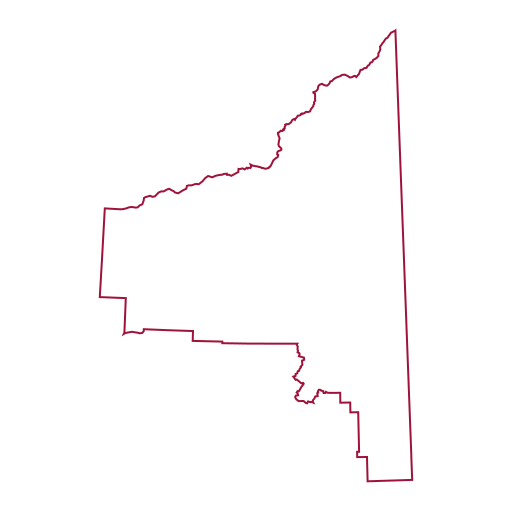 the district of Southeast Fairbanks, Alaska, United States of America
{"feature_id": "52423323B90612116886659", "entity_name": "Southeast Fairbanks", "entity_type": "district", "adm_level": 2, "iso_a3": "USA", "parent_name": "United States of America", "parent_adm1": "Alaska", "projection": "albers", "projection_center": [-143.381, 63.872], "detail": "fine", "context": "isolated", "style": "outline", "palette": "rose", "viewbox_px": 512, "rotation_deg": 0, "n_neighbors": 0, "source": "geoboundaries", "source_scale": "gbopen_adm2", "svg_char_len": 3816}
<svg xmlns="http://www.w3.org/2000/svg" viewBox="0 0 512 512"><path d="M104.8,208.4L102.3,253.8L99.8,297.1L125.8,298.1L124.4,332.6L123.8,333.9L125.3,333.0L131.9,331.8L138.1,332.8L139.5,333.3L142.1,333.0L143.7,331.3L143.8,329.2L167.7,330.2L192.0,331.0L193.0,331.0L192.7,340.9L222.3,341.6L222.3,343.2L248.9,343.6L297.1,343.7L296.6,344.3L297.7,346.5L297.5,349.5L298.0,350.7L297.6,352.4L299.3,353.1L299.6,354.2L298.9,356.2L303.9,357.6L304.2,359.1L303.9,360.0L302.0,360.6L302.4,364.9L300.6,366.7L300.9,367.4L299.6,369.0L299.1,370.8L297.8,371.2L297.2,373.4L295.6,374.0L295.5,376.0L293.3,376.6L295.6,379.8L296.8,379.5L301.3,383.3L303.1,382.9L303.7,383.8L301.3,387.1L298.9,391.2L297.5,391.2L296.7,392.5L297.6,393.1L298.1,395.3L296.0,395.5L295.1,397.0L296.3,399.3L298.7,401.1L303.6,401.0L305.9,403.0L307.1,403.3L308.1,401.4L310.4,402.2L311.2,401.8L313.2,402.6L312.7,401.7L313.2,399.9L314.6,398.2L315.2,396.5L317.7,396.0L317.2,393.2L318.2,392.7L317.9,391.3L318.9,389.7L320.6,389.9L321.3,390.7L323.2,391.1L323.6,393.0L325.2,393.0L325.9,391.8L327.3,392.7L330.1,392.9L340.2,392.8L340.3,402.7L350.2,402.5L350.4,412.4L358.2,412.2L359.1,451.8L357.1,451.8L357.2,457.1L367.0,457.0L367.6,481.3L412.2,479.9L411.3,456.4L411.3,454.7L407.9,364.3L403.9,257.5L399.7,145.9L395.4,30.7L395.3,30.8L393.3,31.5L392.0,32.3L391.1,32.6L390.2,33.7L389.4,35.1L388.6,36.0L387.5,37.8L385.8,38.6L385.2,39.5L384.6,40.3L383.8,41.7L382.5,43.2L381.0,45.5L380.0,46.6L380.3,49.4L379.4,51.7L378.3,53.4L378.4,55.9L376.7,57.9L373.8,59.6L372.9,60.2L372.7,61.3L371.8,62.3L370.5,62.5L369.1,65.0L367.8,65.7L367.3,66.5L366.5,67.9L364.4,68.1L362.2,69.8L360.5,69.9L359.6,72.2L359.1,73.8L357.9,75.1L356.8,76.4L356.3,77.1L355.0,75.9L353.9,76.0L352.2,77.1L349.9,77.5L348.6,76.6L347.1,75.6L345.8,75.2L344.5,74.6L343.3,74.8L342.4,74.8L341.4,75.2L341.2,75.6L339.3,76.5L336.8,77.3L334.8,78.4L333.2,79.6L332.0,81.0L330.2,81.5L329.8,82.8L328.8,84.2L327.4,85.5L325.6,85.5L323.7,84.9L322.0,83.8L319.8,84.6L318.6,85.7L318.0,87.4L317.8,89.2L316.6,90.6L315.5,91.5L314.0,91.9L313.3,92.2L313.5,92.9L314.0,93.1L314.7,93.5L315.0,93.8L315.0,94.9L315.2,96.0L315.1,96.9L315.0,98.7L315.3,100.7L314.6,101.3L314.0,102.5L314.2,103.8L313.4,105.1L313.3,106.1L312.2,107.6L311.0,109.0L310.0,111.4L308.1,112.0L305.8,111.9L304.4,113.2L302.9,113.7L303.0,113.5L302.1,113.4L301.1,113.8L300.5,115.1L299.2,115.5L297.7,115.8L297.1,116.9L296.5,117.6L295.5,118.7L295.0,119.8L294.2,119.0L293.4,119.3L292.2,120.1L290.9,122.5L288.6,124.1L286.3,124.1L285.2,124.7L285.6,125.4L284.6,126.9L284.8,128.1L284.4,128.9L283.7,128.8L283.1,129.4L283.6,130.2L282.0,131.1L280.7,130.7L279.0,132.5L278.0,132.7L277.9,133.7L278.4,135.2L279.0,136.8L279.6,138.4L279.0,140.8L278.7,142.7L278.4,144.5L279.0,146.3L280.7,147.8L281.3,148.6L281.4,149.7L280.5,150.4L278.3,151.1L277.3,152.3L277.2,153.4L277.2,154.4L278.2,154.8L277.7,157.0L275.4,158.5L273.3,160.4L272.3,162.6L271.4,164.5L270.2,166.7L269.6,166.7L269.1,167.2L268.8,167.9L268.0,168.1L267.1,168.4L266.2,168.7L265.2,168.7L264.3,168.5L263.6,168.2L262.9,167.9L261.8,168.0L260.6,167.2L259.3,167.1L257.4,166.4L255.6,166.2L252.7,165.6L250.6,164.6L251.3,166.4L250.4,168.0L248.9,167.7L247.6,168.5L246.8,167.7L244.7,169.4L242.6,168.4L239.5,169.1L238.5,168.9L238.3,172.0L231.3,175.8L228.8,174.7L227.1,174.9L226.9,173.7L223.5,174.0L222.7,174.6L218.7,175.1L215.5,175.8L212.3,177.3L208.1,176.0L205.3,178.0L202.5,181.3L198.8,184.2L195.8,183.9L191.3,185.4L189.0,185.3L186.9,185.9L186.3,188.7L182.8,190.4L178.2,193.3L175.0,192.5L173.7,191.2L171.4,190.1L169.2,188.8L167.2,189.4L163.7,191.4L161.2,191.4L158.6,192.5L156.7,194.5L154.9,196.4L152.3,196.8L150.1,195.8L148.0,196.4L145.5,197.1L144.0,198.0L143.7,200.4L142.3,204.3L139.5,205.5L137.8,207.3L135.8,207.6L132.6,207.1L131.1,207.0L128.8,207.4L126.1,208.4L123.2,209.1L120.8,209.3L104.8,208.4Z" fill="none" stroke="#9f1239" stroke-width="2"/></svg>